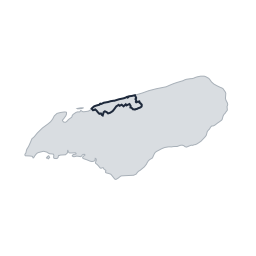 location of Atsinanana within Madagascar, rotated 237°
{"feature_id": "MDG-5868", "entity_name": "Atsinanana", "entity_type": "Autonomous Province", "adm_level": 1, "iso_a3": "MDG", "parent_name": "Madagascar", "parent_adm1": "", "projection": "albers", "projection_center": [48.339, -18.983], "detail": "medium", "context": "in_parent", "style": "outline", "palette": "slate", "viewbox_px": 256, "rotation_deg": 237, "n_neighbors": 0, "source": "natural_earth", "source_scale": "10m", "svg_char_len": 4750}
<svg xmlns="http://www.w3.org/2000/svg" viewBox="0 0 256 256"><g transform="rotate(237 128 128)"><path d="M165.5,32.0L166.2,33.6L167.0,35.1L169.4,38.8L170.4,40.2L171.3,41.6L171.7,44.6L173.2,49.2L174.6,56.2L175.0,63.3L175.4,66.5L176.5,69.6L178.3,72.8L178.9,76.4L177.7,80.0L176.1,83.4L175.6,84.1L174.8,84.9L174.5,84.9L173.2,84.0L172.1,82.5L170.8,79.1L170.3,77.3L169.8,77.1L168.2,77.2L167.0,78.3L166.8,79.0L167.0,80.9L167.5,82.6L167.6,84.4L167.7,86.6L168.1,87.3L168.7,87.8L169.3,89.3L169.4,92.8L169.0,94.5L167.9,96.0L167.9,96.8L168.4,97.7L168.0,98.2L166.5,98.8L165.9,99.4L165.1,100.9L163.7,104.0L163.6,105.6L164.3,110.5L164.1,113.9L162.4,120.5L161.4,123.6L160.1,127.3L158.0,132.2L156.0,138.4L154.3,144.7L153.0,148.5L151.6,152.3L149.6,158.9L148.0,165.7L145.5,173.1L142.2,181.4L141.8,182.4L141.1,186.7L140.4,190.3L139.5,193.9L137.7,199.9L137.5,201.8L137.0,203.6L135.3,207.3L134.5,208.7L134.0,210.2L133.7,212.1L133.2,213.9L131.9,217.2L130.0,220.1L128.6,221.2L125.8,222.7L124.3,223.0L121.1,223.1L118.0,224.0L114.8,225.7L111.7,227.6L110.5,228.5L109.2,229.1L105.1,229.2L103.8,228.9L99.7,225.8L98.0,225.3L95.0,225.0L94.1,224.7L93.2,224.3L92.0,222.7L89.5,221.4L88.9,221.0L88.5,220.1L88.2,219.1L87.6,217.9L87.1,215.8L86.2,214.2L83.9,211.6L83.6,210.8L83.4,207.9L83.4,206.0L83.1,202.4L83.3,200.7L84.1,199.2L83.7,197.6L82.8,195.9L82.4,194.1L81.8,192.5L79.3,189.7L78.7,188.3L78.3,186.8L77.2,182.2L77.1,180.6L77.1,177.2L77.4,175.4L78.0,174.2L78.1,173.3L78.4,172.5L79.0,171.9L79.3,171.1L80.1,166.7L81.2,165.7L82.9,165.1L84.2,164.0L85.0,162.4L85.7,159.2L87.7,156.0L88.4,154.3L90.1,151.8L91.6,148.3L92.0,146.6L92.3,144.9L92.6,141.2L92.8,139.3L92.7,137.5L91.8,135.6L89.6,132.2L89.6,131.6L89.7,129.0L89.4,127.2L88.6,125.4L87.6,123.7L86.5,120.5L85.9,115.1L86.0,113.2L85.6,111.5L84.9,109.9L85.3,107.0L91.4,96.5L91.6,95.3L91.3,92.2L91.4,90.3L91.6,89.7L92.1,89.2L93.1,89.0L98.3,88.5L99.0,88.1L100.2,87.2L102.0,85.5L102.8,85.0L103.5,85.2L103.9,85.9L104.5,86.3L106.6,85.5L107.4,85.5L108.2,85.6L108.6,84.9L108.8,83.9L109.1,83.3L109.6,82.9L112.3,82.6L114.0,82.3L116.2,81.6L116.7,81.8L118.5,84.1L119.1,84.3L119.8,84.4L120.4,84.0L118.9,82.7L118.7,82.0L118.8,81.2L119.5,79.5L120.8,78.2L123.7,76.2L126.7,73.9L127.5,73.7L128.3,74.1L128.9,76.8L128.8,77.2L129.3,77.3L129.8,77.0L130.3,75.9L130.3,75.0L129.9,74.1L129.7,73.4L129.7,72.7L131.2,71.1L132.4,69.6L133.0,67.8L133.4,66.9L134.7,66.0L135.1,66.1L135.4,66.9L135.5,67.7L135.2,68.5L134.8,69.3L134.6,70.4L135.3,70.6L136.0,70.3L137.0,68.4L138.1,66.6L138.7,65.6L139.6,65.0L141.0,65.1L142.4,65.5L140.1,63.6L139.6,61.0L142.2,56.4L142.2,55.5L142.6,55.2L142.8,54.8L141.4,53.3L141.1,52.5L141.3,51.4L142.0,50.4L142.6,49.7L143.4,49.4L144.1,49.8L145.6,51.0L146.6,51.2L147.8,50.0L148.8,48.5L150.3,47.5L152.0,46.8L154.5,44.5L156.2,39.5L156.4,38.1L156.0,36.3L155.4,34.6L154.4,32.6L154.7,32.1L156.1,32.4L156.6,32.1L158.1,30.3L160.6,26.8L161.5,26.8L162.2,27.4L162.5,28.4L163.0,29.1L164.7,30.8L165.5,32.0ZM147.9,45.9L147.9,46.4L145.9,46.2L145.6,44.3L146.6,44.3L146.8,43.5L147.4,43.4L148.0,45.1L147.9,45.9ZM170.8,99.0L169.1,101.8L169.6,99.5L171.5,96.2L172.1,95.9L170.8,99.0Z" fill="#d9dde1" stroke="#a8b0b8" stroke-width="1"/><path d="M164.1,108.1L164.5,110.4L164.6,111.4L164.4,112.4L163.9,114.2L163.2,116.4L163.1,116.7L163.2,117.0L163.5,117.6L163.5,117.8L163.4,117.8L163.2,118.0L162.7,118.8L162.3,121.8L162.2,122.0L162.0,122.3L161.9,122.5L161.5,123.5L160.7,125.3L159.9,128.1L158.8,130.6L158.3,131.4L157.0,136.1L155.2,140.7L154.7,143.1L154.7,143.4L154.7,144.0L154.2,145.3L154.1,145.1L153.9,144.9L153.7,144.8L153.7,145.1L154.0,145.6L154.1,145.8L154.1,146.0L152.9,148.4L152.1,150.6L151.7,151.7L150.4,151.4L149.4,151.4L148.7,151.2L148.5,150.9L148.4,150.5L148.4,150.3L148.3,150.2L147.9,149.9L147.6,149.9L147.2,150.0L146.7,149.9L146.3,149.7L146.1,149.5L145.8,148.9L145.7,148.8L145.4,148.8L145.2,148.8L145.0,149.0L145.1,149.4L145.0,149.6L144.9,149.9L144.7,150.2L144.6,150.5L144.2,151.2L144.2,151.4L144.2,151.5L144.3,151.8L144.2,152.0L143.7,151.9L143.4,151.7L143.2,151.5L142.8,151.5L142.5,151.6L142.4,151.7L142.2,151.9L141.9,152.0L141.3,151.9L141.1,152.0L140.8,152.2L140.1,152.2L139.8,152.1L139.7,151.9L139.4,151.7L138.9,151.4L138.7,151.1L138.6,150.9L138.5,149.5L138.6,149.1L138.8,148.2L139.0,147.6L139.0,147.3L139.1,146.6L139.1,145.9L139.2,145.6L139.6,144.9L139.6,144.6L139.6,144.1L139.7,143.9L139.8,143.8L139.9,143.6L140.2,143.4L140.5,143.1L140.9,142.4L142.9,142.0L143.9,141.2L145.0,142.2L147.3,142.3L147.8,139.0L149.1,139.0L148.6,136.1L151.0,135.4L151.2,133.1L152.5,132.8L152.5,129.9L151.2,126.5L150.5,124.3L150.5,121.3L151.1,119.2L152.8,118.8L154.6,117.7L154.5,116.2L153.2,114.7L152.3,113.6L153.2,113.2L155.0,113.2L155.5,111.7L157.5,111.3L159.7,111.1L161.5,110.6L161.5,109.5L162.0,108.3L164.1,108.1Z" fill="none" stroke="#1e293b" stroke-width="2"/></g></svg>